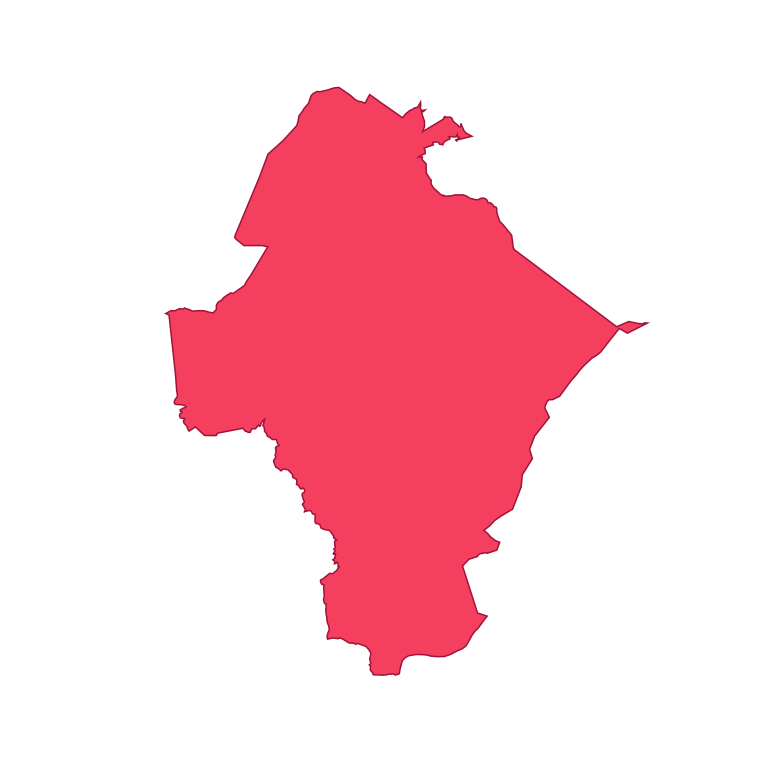 outline of Ixtapan del Oro, México, Mexico, rotated 199°
{"feature_id": "50627088B38123449736232", "entity_name": "Ixtapan del Oro", "entity_type": "district", "adm_level": 2, "iso_a3": "MEX", "parent_name": "Mexico", "parent_adm1": "México", "projection": "mercator", "projection_center": [-100.269, 19.262], "detail": "fine", "context": "isolated", "style": "filled", "palette": "rose", "viewbox_px": 768, "rotation_deg": 199, "n_neighbors": 0, "source": "geoboundaries", "source_scale": "gbopen_adm2", "svg_char_len": 6159}
<svg xmlns="http://www.w3.org/2000/svg" viewBox="0 0 768 768"><g transform="rotate(199 384 384)"><path d="M275.2,115.2L276.0,119.7L276.6,128.0L275.0,131.9L272.3,135.0L265.8,138.6L261.3,140.1L256.3,141.5L250.4,142.1L244.7,143.6L238.1,146.0L232.5,150.5L228.0,155.4L223.8,159.1L221.2,163.1L220.0,169.0L218.9,175.4L217.4,180.1L215.4,184.0L212.8,192.6L210.9,198.1L221.0,197.9L250.5,237.5L246.7,245.9L239.3,251.5L239.4,252.3L238.4,254.4L233.4,257.4L231.2,257.6L223.3,263.6L223.0,272.0L227.6,272.2L233.7,274.2L236.8,276.2L241.9,278.1L237.9,284.3L234.8,291.2L230.2,297.4L221.7,307.5L220.8,331.3L223.7,343.2L219.4,361.8L225.1,369.7L224.6,383.9L216.8,406.3L223.9,413.5L224.4,414.6L224.5,415.7L224.1,420.2L222.9,422.8L219.5,424.1L213.9,429.7L209.6,443.7L207.3,450.3L204.8,456.3L203.7,459.9L200.9,466.6L195.9,476.0L193.2,479.2L190.6,482.9L189.6,484.7L179.7,513.1L170.4,511.3L154.7,527.4L156.7,526.9L158.3,526.1L159.6,524.6L161.1,524.6L163.6,523.9L172.8,522.8L182.7,513.9L304.1,553.3L306.1,554.8L311.7,566.2L323.2,573.3L327.4,575.4L330.6,579.3L333.1,583.0L334.7,586.9L335.7,587.7L338.1,587.5L338.9,588.6L340.8,589.5L342.3,589.9L343.8,589.7L344.6,589.3L346.9,591.7L348.8,592.2L350.7,592.1L353.1,591.0L354.9,588.9L357.6,588.1L363.0,587.6L368.0,588.7L370.9,588.5L378.5,585.9L381.0,584.3L381.5,583.8L388.8,581.0L388.7,581.8L390.0,581.6L392.0,581.6L401.0,585.5L404.6,588.5L405.7,592.1L406.9,592.6L412.7,597.3L415.9,605.9L421.3,608.8L421.5,611.1L423.4,610.8L425.1,609.7L424.4,611.2L423.6,612.1L420.1,615.2L421.3,618.5L422.9,620.1L415.9,625.7L415.2,626.1L416.6,628.1L413.3,630.1L411.0,630.1L409.7,628.8L406.2,629.4L406.3,629.7L405.9,632.4L404.4,634.4L401.5,637.1L401.8,638.1L403.1,638.6L401.3,639.9L399.2,640.0L396.6,641.1L396.2,641.8L395.9,643.8L394.9,641.5L393.1,641.9L392.6,640.5L393.9,639.9L395.6,638.0L393.9,637.1L394.7,638.3L381.5,646.9L387.8,647.9L391.1,649.7L396.2,655.5L395.4,653.0L395.6,652.2L396.6,651.6L397.9,652.5L403.8,654.7L406.4,657.4L408.2,657.9L412.1,656.6L413.9,656.5L414.2,653.6L429.6,635.2L429.5,640.7L431.4,645.8L434.8,650.1L437.1,653.6L435.4,654.4L434.4,656.5L437.7,654.5L438.4,655.8L439.5,656.3L439.9,659.2L441.2,662.4L442.3,656.7L445.2,654.8L447.4,651.8L448.2,651.6L451.2,647.0L453.2,641.8L476.4,648.4L491.8,653.0L493.4,643.3L497.0,643.6L500.5,642.9L504.2,643.7L510.4,646.2L523.2,649.7L527.6,647.7L533.4,643.4L539.8,639.4L542.4,638.9L543.8,637.5L545.6,635.4L546.8,632.8L546.7,624.9L549.4,618.1L549.7,616.0L551.0,611.8L551.6,610.6L551.6,609.2L550.7,603.9L550.7,601.3L550.5,600.2L558.7,581.2L568.5,563.7L569.1,539.6L573.2,475.0L572.2,473.3L568.6,471.8L561.3,469.3L544.7,475.1L538.6,476.0L545.5,442.9L547.4,436.3L548.0,431.7L556.2,420.4L558.5,420.3L561.2,417.0L563.7,413.6L565.0,410.2L566.5,408.6L567.7,406.7L568.1,403.6L566.7,399.8L567.9,397.7L568.6,395.7L573.0,394.9L575.4,394.9L579.2,394.4L584.9,392.3L588.7,390.5L592.3,391.0L595.0,390.8L597.5,390.9L598.3,389.4L601.9,388.7L605.3,385.3L609.4,383.9L613.3,379.6L609.7,379.2L583.8,324.1L577.9,310.3L575.8,306.4L575.3,304.8L576.5,301.2L576.6,299.9L576.2,297.9L575.5,297.3L574.5,297.0L572.2,297.3L570.9,297.9L568.4,298.5L565.5,298.7L564.3,298.5L563.8,298.1L564.1,297.3L566.2,295.6L568.3,293.2L568.2,292.5L567.7,292.0L565.9,292.0L565.7,291.4L567.1,289.4L567.3,288.7L567.2,288.2L566.7,286.9L565.8,285.9L564.7,285.7L563.1,285.9L561.5,286.5L561.1,286.4L561.5,284.0L561.5,283.4L560.6,282.1L559.5,281.4L556.8,280.2L555.8,278.6L553.6,276.3L552.9,276.0L548.3,282.0L536.9,276.9L525.9,280.6L525.1,283.5L504.0,295.6L503.8,296.2L503.0,296.3L501.7,295.4L501.2,295.2L500.2,294.4L499.3,294.2L498.5,294.6L497.3,294.1L496.5,294.1L494.8,294.7L494.6,297.2L494.3,298.4L493.0,299.3L491.5,299.5L490.8,300.1L490.8,300.8L490.0,302.1L490.1,302.9L489.6,303.2L489.6,303.9L489.0,304.3L487.9,303.6L487.3,303.9L487.4,307.3L485.5,311.7L485.0,308.6L485.1,305.3L483.5,304.5L481.4,300.3L478.7,298.7L477.7,297.0L475.9,296.4L474.9,296.6L473.4,295.7L472.1,295.5L471.6,295.1L469.5,295.8L468.4,296.5L467.6,296.2L465.3,293.1L464.4,292.4L463.7,292.3L463.5,291.9L463.7,290.9L465.3,290.1L465.9,288.1L464.8,287.2L464.9,286.2L464.2,285.7L463.7,281.1L462.6,279.7L462.5,279.0L463.4,276.5L463.3,274.9L459.1,270.0L458.2,270.0L456.6,269.7L454.8,269.1L453.7,268.4L452.9,268.5L451.7,270.6L450.5,271.1L446.8,271.6L441.5,268.9L440.5,268.0L440.5,266.9L439.5,265.9L436.0,265.4L435.2,264.6L434.3,262.3L434.2,260.8L433.4,260.3L431.8,260.3L430.0,258.6L428.7,257.8L428.2,257.9L427.2,258.4L427.0,259.0L426.5,259.4L424.9,258.4L424.3,257.1L424.1,256.0L424.1,255.4L425.4,254.3L425.5,253.3L425.2,252.1L422.1,247.8L421.5,247.5L421.1,247.1L420.9,246.2L421.7,244.8L421.9,243.7L421.8,243.2L420.5,242.5L417.5,239.7L417.4,238.2L417.7,237.7L417.6,237.3L417.2,237.8L416.0,238.3L414.9,239.3L412.5,240.3L411.2,239.9L410.0,238.6L408.8,237.9L406.7,238.4L406.6,237.7L405.7,236.0L405.6,234.7L404.3,231.2L403.8,230.5L402.6,229.9L401.2,230.4L399.2,230.2L397.9,229.0L396.5,227.3L392.9,227.0L388.9,227.7L387.3,227.6L383.4,224.7L382.1,223.9L381.8,222.7L380.8,221.7L380.2,221.9L378.7,221.4L378.0,221.0L379.0,220.4L379.5,218.9L378.5,217.1L377.8,215.0L377.0,214.4L376.7,213.7L377.7,211.9L377.4,211.1L376.4,210.8L375.8,210.2L376.4,208.7L376.7,207.0L376.2,206.6L375.4,206.9L375.0,207.6L374.6,207.6L374.0,206.5L374.3,204.1L373.6,203.5L375.2,201.1L373.3,200.4L372.3,199.2L372.4,197.9L371.2,198.5L370.4,200.2L369.0,199.1L367.9,196.2L367.2,196.8L366.9,196.6L368.2,192.1L370.7,188.0L373.7,187.3L378.5,179.6L380.2,178.0L379.6,176.3L378.6,175.2L377.5,174.4L375.4,174.6L374.2,170.5L371.4,163.8L370.9,160.2L368.9,157.2L368.0,157.1L367.5,157.3L365.9,154.1L365.8,152.2L365.1,150.4L363.4,146.9L362.6,145.7L361.7,143.5L360.0,140.1L357.5,137.2L355.8,134.1L356.0,129.8L355.5,126.3L354.3,124.4L349.6,127.3L344.6,128.2L343.0,129.6L339.5,129.3L332.9,127.8L331.8,127.9L328.8,129.0L326.0,128.8L324.0,130.2L315.3,129.9L311.3,127.5L310.9,126.9L309.6,126.2L308.4,124.0L308.1,119.6L306.8,117.4L305.9,116.4L305.6,115.3L306.5,113.7L305.9,113.2L304.6,112.6L304.3,110.0L303.9,109.4L303.0,108.5L301.7,107.9L299.3,105.6L292.8,107.7L291.2,107.9L289.3,108.9L286.9,109.7L285.9,110.8L282.6,112.1L281.4,112.8L278.1,112.6L277.8,113.3L277.0,113.8L276.2,113.9L275.2,115.2Z" fill="#f43f5e" stroke="#9f1239" stroke-width="1.5"/></g></svg>